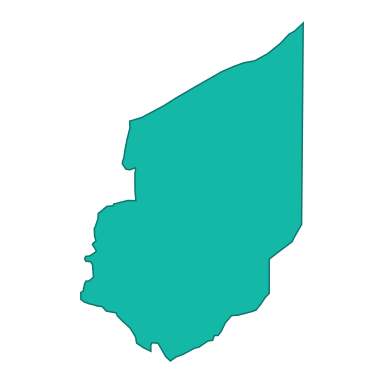 outline of Tanout, Zinder, Niger
{"feature_id": "23599985B69081741011402", "entity_name": "Tanout", "entity_type": "district", "adm_level": 2, "iso_a3": "NER", "parent_name": "Niger", "parent_adm1": "Zinder", "projection": "natural_earth1", "projection_center": [8.581, 15.143], "detail": "fine", "context": "isolated", "style": "filled", "palette": "teal", "viewbox_px": 384, "rotation_deg": 0, "n_neighbors": 0, "source": "geoboundaries", "source_scale": "gbopen_adm2", "svg_char_len": 1280}
<svg xmlns="http://www.w3.org/2000/svg" viewBox="0 0 384 384"><path d="M89.8,304.0L92.1,304.4L97.7,306.1L102.2,306.6L106.3,311.1L116.3,312.9L117.4,315.9L122.3,320.9L130.1,328.0L135.6,337.0L136.6,343.1L143.6,347.8L150.9,351.3L150.8,345.1L151.9,342.8L158.0,343.2L165.8,356.7L170.4,361.0L175.8,357.1L183.1,354.3L194.5,348.2L199.0,347.1L208.0,340.9L212.6,340.4L214.4,335.4L218.0,335.5L221.1,331.6L225.2,323.0L231.5,315.6L237.9,315.2L249.9,312.1L255.9,310.2L261.0,303.9L264.9,297.9L269.2,293.3L269.2,259.2L275.5,254.2L292.2,241.6L294.0,237.7L301.6,224.4L301.7,210.4L303.2,23.0L294.8,31.0L289.2,34.1L280.4,43.4L267.3,53.9L254.7,60.8L243.8,62.8L234.1,66.3L222.1,71.5L197.3,85.6L176.0,98.0L164.0,105.6L141.5,117.6L129.7,121.1L129.9,128.0L127.2,138.9L125.2,148.7L123.9,157.7L122.5,161.8L122.4,163.9L125.8,169.1L129.8,169.8L135.3,167.9L135.6,171.2L134.9,172.3L135.0,190.1L135.9,200.7L127.8,200.5L113.9,204.0L113.0,205.8L106.7,206.4L101.0,211.4L98.2,213.3L98.0,218.7L95.1,227.3L94.3,228.1L94.6,236.2L96.0,240.9L93.0,243.3L92.4,244.5L96.3,250.7L95.5,252.1L89.8,255.9L85.6,256.4L84.6,258.9L85.9,261.2L90.6,261.7L92.5,264.6L93.5,277.0L91.5,279.0L88.6,281.1L86.0,281.1L84.6,283.9L83.1,291.2L80.8,292.5L80.9,299.5L84.1,301.9L89.8,304.0Z" fill="#14b8a6" stroke="#0f766e" stroke-width="1.5"/></svg>